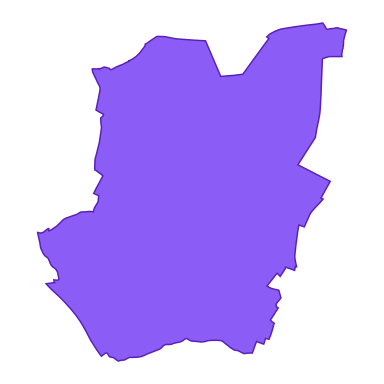 outline of Duiven, Gelderland, Netherlands
{"feature_id": "6326949B87096671163860", "entity_name": "Duiven", "entity_type": "district", "adm_level": 2, "iso_a3": "NLD", "parent_name": "Netherlands", "parent_adm1": "Gelderland", "projection": "mercator", "projection_center": [6.013, 51.947], "detail": "fine", "context": "isolated", "style": "filled", "palette": "violet", "viewbox_px": 384, "rotation_deg": 0, "n_neighbors": 0, "source": "geoboundaries", "source_scale": "gbopen_adm2", "svg_char_len": 5698}
<svg xmlns="http://www.w3.org/2000/svg" viewBox="0 0 384 384"><path d="M101.4,356.2L105.2,353.3L106.2,353.0L106.5,353.0L106.9,353.0L107.2,353.2L107.6,353.7L108.9,355.9L109.4,356.5L109.7,356.8L110.2,357.0L112.0,357.3L112.6,357.4L113.1,357.5L113.9,357.9L116.9,360.2L117.9,360.8L118.4,361.0L119.2,360.9L120.4,360.5L121.5,360.2L122.1,360.2L123.6,360.1L124.6,359.9L125.8,359.3L128.7,357.7L129.7,357.4L132.6,357.4L137.0,357.2L138.7,357.0L140.4,356.7L141.1,356.6L143.6,355.7L148.1,353.6L149.8,353.0L159.5,349.2L160.4,348.6L161.4,347.8L162.1,347.1L163.6,345.5L164.3,345.1L164.8,344.9L165.6,344.6L166.8,344.5L168.9,344.5L169.9,344.5L170.5,344.4L171.5,344.2L173.2,343.5L174.6,343.1L178.3,342.3L179.3,342.1L181.3,341.5L181.8,341.2L182.9,340.7L183.8,340.0L184.3,339.5L185.1,339.0L185.8,338.6L186.4,338.5L186.6,338.5L186.9,338.6L189.2,340.0L190.5,340.7L191.4,341.0L192.0,341.1L198.3,341.6L200.9,342.0L202.4,341.9L203.3,341.8L204.7,341.6L207.9,340.7L210.7,340.4L212.9,340.3L217.1,340.3L220.0,340.5L221.2,340.7L221.9,340.9L222.3,341.1L225.5,343.7L228.1,345.7L229.9,347.3L230.6,347.7L232.7,349.1L234.2,349.9L234.8,350.1L235.5,350.3L237.2,350.5L238.6,350.9L239.7,351.5L242.8,353.1L244.1,353.6L244.5,353.6L244.9,353.6L246.2,353.3L247.7,353.1L251.4,353.0L252.3,353.1L253.1,350.9L253.5,349.8L253.7,349.4L253.7,349.1L253.9,348.6L256.5,341.5L259.7,342.7L263.2,344.0L263.7,344.1L263.8,344.1L265.5,338.5L268.8,339.2L269.0,339.3L269.1,339.2L269.9,336.8L270.3,336.1L270.5,335.6L271.6,332.3L272.7,328.6L274.1,323.3L274.2,323.2L272.6,322.1L271.9,321.6L270.5,320.1L270.5,319.8L271.1,318.9L273.6,315.2L274.2,314.3L275.0,312.9L275.3,312.2L275.9,311.4L276.3,310.9L278.2,308.0L278.2,307.8L277.9,307.7L276.2,306.6L276.3,305.7L276.1,304.0L276.1,303.9L279.6,299.7L280.9,298.0L280.9,297.8L280.7,297.0L279.3,292.1L278.9,290.6L278.8,290.2L273.0,288.9L271.6,288.5L270.9,288.2L268.6,287.1L268.6,286.9L268.1,286.6L267.0,286.0L277.1,273.2L279.4,275.5L279.9,276.0L280.2,276.4L283.6,271.3L285.2,268.8L285.4,267.3L285.7,267.3L286.2,267.4L290.4,268.8L294.6,270.4L295.3,266.6L296.6,266.8L295.6,262.3L294.9,258.3L294.8,256.4L294.9,254.9L295.1,252.6L296.0,244.3L297.6,232.2L298.3,227.9L299.0,225.0L304.3,226.9L304.9,225.5L307.5,219.7L307.7,219.3L309.2,215.9L309.3,215.5L309.9,214.4L310.5,213.3L312.0,211.3L313.9,209.1L315.1,207.7L318.5,204.2L323.0,199.3L323.1,199.1L321.0,198.0L330.2,181.4L297.9,164.8L300.8,160.3L306.1,151.9L309.3,146.9L315.3,137.6L316.7,129.3L317.2,126.8L319.0,118.4L319.2,118.5L319.0,118.3L319.0,118.1L319.8,113.6L320.4,106.7L320.8,98.1L321.0,95.1L321.3,85.8L321.6,78.0L322.4,58.9L322.7,58.7L325.3,57.7L329.2,56.6L338.2,56.6L342.0,56.5L341.7,55.2L341.7,54.9L342.4,49.9L343.0,48.3L343.1,46.5L343.5,44.7L343.5,43.5L343.5,41.4L343.6,40.4L344.4,37.1L345.3,33.7L346.1,31.4L346.4,30.1L345.7,29.8L345.3,29.7L339.7,28.5L339.0,28.3L337.8,27.8L337.7,27.8L336.8,27.8L336.0,27.9L334.2,28.3L330.0,28.8L328.7,29.1L327.7,29.4L327.1,29.3L326.3,28.5L323.2,23.5L322.8,23.1L322.2,23.0L321.8,23.1L319.8,23.5L316.4,24.1L305.7,25.3L294.8,26.8L284.9,28.4L281.6,29.0L280.3,29.3L277.4,30.3L273.8,31.8L273.4,32.2L270.9,33.4L269.9,34.0L269.2,34.6L266.7,36.9L268.9,38.5L263.4,45.9L242.9,74.1L242.2,74.3L233.6,75.4L220.7,76.4L212.7,57.6L205.5,40.8L194.4,40.2L177.0,38.9L176.1,38.8L173.6,38.4L165.7,36.8L163.9,36.6L157.9,36.4L157.4,36.5L156.7,36.6L155.5,37.3L153.5,38.7L153.2,38.9L149.9,41.1L146.3,43.7L145.7,44.0L145.3,44.0L145.1,45.4L144.7,46.3L143.4,48.2L139.6,53.0L138.4,54.3L136.5,56.1L135.3,57.1L133.3,58.5L132.2,59.2L130.2,60.3L129.9,60.5L129.3,61.0L129.2,60.6L128.7,60.8L128.8,61.1L128.7,61.5L125.5,62.8L123.0,64.3L119.5,65.6L118.2,66.2L117.1,66.6L115.6,67.3L112.0,69.3L110.7,69.7L110.4,69.6L109.7,68.7L109.3,68.3L107.7,67.9L105.7,67.3L104.9,67.1L103.8,67.2L103.3,67.3L102.8,67.6L102.2,67.9L101.9,68.1L101.0,68.4L100.3,68.8L99.9,69.1L99.8,68.6L99.3,68.6L98.1,68.7L97.1,68.9L96.6,69.0L95.5,69.0L94.3,68.8L93.2,68.9L92.4,68.9L92.2,69.0L92.2,69.8L92.9,72.5L94.6,76.3L95.9,78.8L96.3,79.7L98.0,83.4L99.4,85.9L99.9,87.2L100.1,88.0L100.1,88.5L99.6,92.2L99.1,94.9L97.7,101.8L96.0,110.1L103.5,114.4L103.4,114.9L103.2,115.4L102.8,116.0L102.3,116.7L101.0,117.6L100.8,117.9L100.7,118.3L100.7,118.7L100.8,120.7L100.9,122.7L101.2,125.1L101.5,127.6L99.6,140.7L99.3,142.7L99.1,143.5L98.3,146.6L96.4,154.3L95.1,159.0L95.0,160.0L94.7,166.9L94.8,167.3L94.7,167.6L94.7,169.4L94.7,169.8L95.4,170.1L96.9,171.1L100.0,173.5L102.1,175.1L102.9,175.8L99.1,183.0L96.1,188.5L95.0,190.7L93.7,193.5L98.7,195.6L98.2,200.6L98.2,201.1L98.0,201.7L97.8,202.3L97.4,202.9L94.4,207.9L94.3,208.1L93.3,211.9L92.0,211.6L89.7,211.5L88.4,211.5L85.8,211.8L81.1,212.0L80.2,212.3L76.8,214.4L73.5,215.5L66.4,218.0L65.4,218.4L65.0,218.7L64.2,219.1L62.4,220.4L61.7,221.2L59.5,223.5L57.2,225.7L56.7,226.1L54.7,227.5L51.3,229.8L49.6,230.7L48.8,230.8L48.8,230.2L48.8,228.5L48.7,228.5L48.0,228.7L47.5,229.0L44.8,231.1L42.9,232.6L41.1,232.9L39.9,233.0L39.0,232.8L38.5,232.5L37.6,232.5L37.8,233.4L38.6,237.2L39.0,238.8L39.1,239.6L39.8,242.3L40.0,243.7L40.6,247.5L40.7,247.9L41.8,250.5L42.6,252.1L43.7,254.2L44.1,254.7L44.4,255.2L45.2,256.1L45.7,256.5L47.1,257.4L47.5,257.8L47.8,258.0L48.1,258.4L48.4,258.9L48.9,259.8L48.9,260.0L49.3,261.0L49.8,262.1L50.0,262.8L50.3,263.6L50.9,264.7L51.1,265.0L52.0,266.0L53.1,267.2L55.2,268.6L55.9,269.4L56.4,270.1L56.7,270.7L57.2,271.5L57.7,273.0L57.9,273.6L58.0,274.7L58.3,275.9L58.9,279.1L58.9,279.3L58.5,279.8L58.4,279.9L57.7,280.0L56.4,280.2L53.9,279.8L54.0,280.8L54.1,281.6L54.7,282.7L52.3,282.8L51.8,283.0L49.6,283.2L46.1,283.8L50.8,288.8L59.1,296.5L62.1,299.5L65.2,302.7L67.9,305.7L71.5,309.8L76.2,315.6L80.2,321.3L83.3,326.4L85.7,330.7L88.2,335.5L90.7,340.2L93.7,345.0L96.6,349.6L99.9,354.2L101.4,356.2Z" fill="#8b5cf6" stroke="#5b21b6" stroke-width="1.5"/></svg>